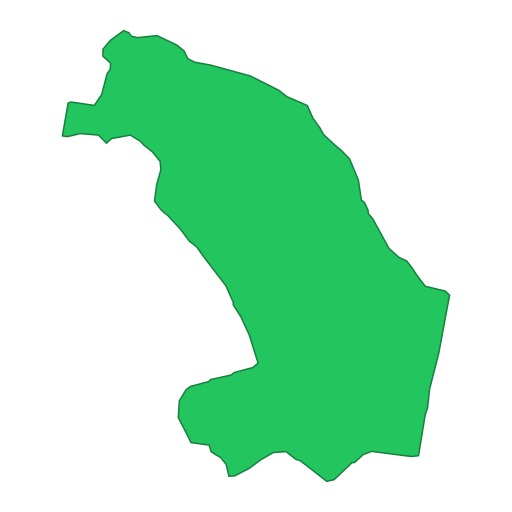 the district of Santa Cruz Naranjo, Santa Rosa, Guatemala
{"feature_id": "79465075B20602166984582", "entity_name": "Santa Cruz Naranjo", "entity_type": "district", "adm_level": 2, "iso_a3": "GTM", "parent_name": "Guatemala", "parent_adm1": "Santa Rosa", "projection": "robinson", "projection_center": [-90.385, 14.383], "detail": "fine", "context": "isolated", "style": "filled", "palette": "green", "viewbox_px": 512, "rotation_deg": 0, "n_neighbors": 0, "source": "geoboundaries", "source_scale": "gbopen_adm2", "svg_char_len": 1495}
<svg xmlns="http://www.w3.org/2000/svg" viewBox="0 0 512 512"><path d="M418.5,455.7L425.2,414.8L427.5,408.1L429.6,389.0L438.7,353.5L446.1,313.7L449.6,295.3L445.3,291.1L425.3,286.3L416.4,274.6L412.6,268.6L406.6,260.9L399.1,257.5L389.0,248.5L372.9,219.0L368.3,213.6L368.0,210.0L364.3,202.3L361.4,200.2L358.4,180.2L355.8,173.9L349.6,159.0L341.3,150.4L335.6,145.7L323.6,134.6L320.9,129.8L319.8,127.7L312.9,118.2L307.3,105.5L287.1,96.8L278.8,90.3L250.4,76.0L210.2,65.0L194.7,62.2L188.0,58.8L186.0,54.9L184.1,51.0L176.7,45.0L157.0,35.6L137.8,37.6L131.5,36.3L128.8,32.6L123.5,30.7L110.3,40.4L103.0,49.2L102.9,56.2L106.9,59.8L110.6,63.2L110.3,69.2L107.1,73.7L101.7,94.5L94.3,105.4L71.0,102.0L68.1,103.1L62.4,135.9L67.6,136.6L80.3,133.6L98.5,135.1L106.5,143.2L111.4,138.6L130.4,135.1L140.1,141.1L144.0,145.2L152.3,151.8L160.1,161.3L160.9,169.7L156.7,184.5L154.5,201.1L161.2,209.9L164.2,212.7L167.4,215.1L180.1,228.8L189.4,241.2L196.8,247.0L203.0,255.8L218.3,275.9L226.0,285.9L229.2,293.3L233.3,302.3L233.2,304.7L241.1,317.2L249.3,335.1L258.1,363.1L253.0,367.5L234.3,372.5L230.8,375.1L210.8,379.5L208.4,381.7L190.7,386.3L186.2,389.5L179.3,400.9L178.3,417.6L187.4,435.2L191.0,442.6L209.2,445.1L211.1,451.7L213.6,453.3L216.3,455.1L220.7,457.5L226.2,464.5L228.9,476.2L234.6,475.9L249.0,468.5L260.9,459.7L273.4,452.5L286.1,451.6L295.7,459.3L300.1,460.6L326.8,481.3L334.1,479.7L352.1,462.6L354.4,462.6L363.5,454.4L371.7,451.4L411.1,456.5L418.5,455.7Z" fill="#22c55e" stroke="#15803d" stroke-width="1.5"/></svg>